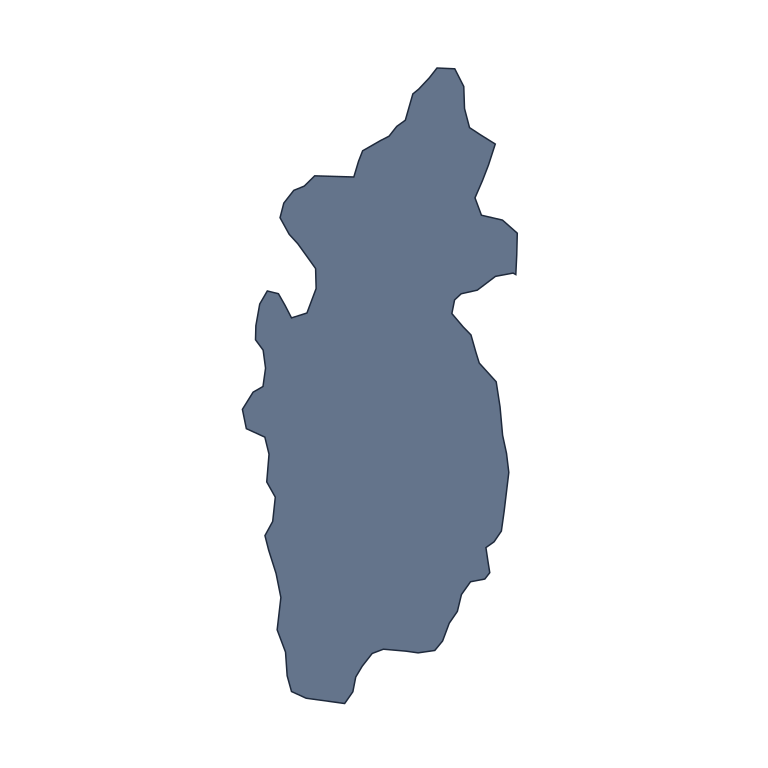 the district of Hylte, Halland, Sweden, rotated 98°
{"feature_id": "70781695B16577787693192", "entity_name": "Hylte", "entity_type": "district", "adm_level": 2, "iso_a3": "SWE", "parent_name": "Sweden", "parent_adm1": "Halland", "projection": "robinson", "projection_center": [13.281, 56.995], "detail": "fine", "context": "isolated", "style": "filled", "palette": "slate", "viewbox_px": 768, "rotation_deg": 98, "n_neighbors": 0, "source": "geoboundaries", "source_scale": "gbopen_adm2", "svg_char_len": 1388}
<svg xmlns="http://www.w3.org/2000/svg" viewBox="0 0 768 768"><g transform="rotate(98 384 384)"><path d="M428.8,520.7L447.4,514.1L453.2,494.6L469.5,488.1L497.3,486.5L511.2,475.9L535.6,475.1L550.7,480.8L564.6,475.1L586.7,464.5L609.8,456.4L642.3,455.6L663.2,444.2L686.4,439.3L701.4,432.8L706.0,417.4L705.9,378.5L701.4,376.2L693.1,372.0L678.1,371.2L666.5,366.3L652.5,358.2L646.7,347.7L645.5,325.0L645.5,312.8L640.8,296.6L630.3,290.2L611.8,286.1L599.0,279.7L581.7,278.0L567.8,270.8L563.1,257.0L556.1,253.0L545.7,256.2L531.8,260.3L524.9,253.0L513.3,247.3L493.6,247.3L454.2,248.1L435.7,253.0L418.3,259.4L390.5,265.9L366.2,273.2L350.0,292.6L339.6,297.5L323.3,304.7L316.4,313.6L304.8,326.6L290.9,325.8L283.9,320.1L278.1,304.7L261.9,288.6L256.2,271.6L257.3,268.7L237.8,270.5L216.1,273.0L205.2,289.5L203.3,311.0L187.0,319.8L168.9,314.8L152.6,311.0L130.9,307.2L123.6,323.6L118.2,335.0L100.0,342.6L78.3,346.4L62.0,357.8L63.7,375.5L74.6,381.8L87.2,390.7L92.7,395.8L119.8,399.6L127.1,407.2L129.8,408.8L137.9,413.5L143.3,421.2L156.0,437.6L166.9,440.2L183.2,442.7L187.5,481.6L199.1,490.5L204.8,500.3L218.8,508.4L233.8,510.1L249.0,498.7L257.1,488.9L266.4,480.0L279.2,467.8L298.9,464.5L324.4,470.2L331.4,484.8L319.8,493.0L309.3,501.1L308.1,512.5L322.1,518.2L344.1,519.0L358.1,517.4L367.3,508.4L384.8,503.5L403.3,503.5L410.3,512.5L428.8,520.7Z" fill="#64748b" stroke="#1e293b" stroke-width="1.5"/></g></svg>